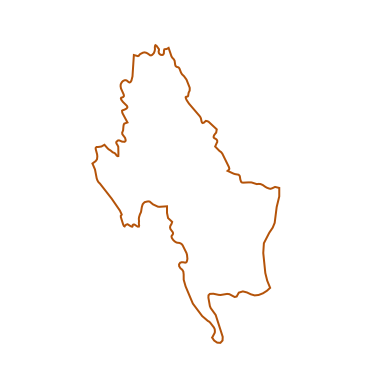 SVG path tracing the border of Utenos, rotated 65°
{"feature_id": "LTU-1074", "entity_name": "Utenos", "entity_type": "County", "adm_level": 1, "iso_a3": "LTU", "parent_name": "Lithuania", "parent_adm1": "", "projection": "robinson", "projection_center": [25.525, 55.493], "detail": "fine", "context": "isolated", "style": "outline", "palette": "amber", "viewbox_px": 384, "rotation_deg": 65, "n_neighbors": 0, "source": "natural_earth", "source_scale": "10m", "svg_char_len": 4039}
<svg xmlns="http://www.w3.org/2000/svg" viewBox="0 0 384 384"><g transform="rotate(65 192 192)"><path d="M311.9,161.7L313.2,165.9L313.8,170.5L313.5,175.1L312.2,178.9L309.6,181.9L306.2,184.7L303.6,187.9L303.0,192.1L305.6,195.7L305.2,197.7L300.4,201.3L299.2,203.2L297.4,209.7L296.5,211.3L293.2,215.7L291.9,218.9L292.6,220.7L294.7,221.8L302.9,224.0L305.2,224.1L313.5,222.5L336.3,225.4L339.5,227.1L340.7,230.0L339.2,232.8L336.0,234.7L332.4,235.3L332.0,234.6L329.1,230.8L327.9,230.1L326.0,229.4L324.0,229.4L317.8,230.8L316.5,231.4L315.6,232.1L308.8,235.2L293.5,238.4L274.9,237.7L268.0,236.6L263.2,234.4L260.5,233.5L258.9,233.6L257.6,234.0L256.3,234.7L253.8,235.0L252.1,234.3L251.1,232.6L251.3,231.0L252.2,229.3L253.2,228.0L253.3,226.8L252.3,225.6L250.6,224.4L246.9,223.1L245.0,222.8L236.4,223.0L236.0,223.1L235.1,223.3L234.3,223.7L233.4,224.4L232.8,225.0L231.9,226.5L231.5,227.1L230.7,227.8L229.4,228.6L227.6,229.3L225.2,229.7L223.7,229.4L223.0,228.8L222.7,228.1L222.4,227.4L221.4,226.6L220.5,226.4L216.5,227.2L214.9,226.9L213.7,226.1L212.3,224.1L210.7,222.6L205.5,224.7L200.4,223.5L194.4,220.7L191.7,227.7L190.9,229.1L186.7,232.6L182.8,234.4L182.1,235.4L181.7,236.6L181.2,239.2L181.7,240.7L182.3,241.9L184.4,243.8L188.5,246.6L189.4,247.6L190.2,248.6L192.4,250.6L193.8,251.5L196.4,252.5L197.5,253.2L198.7,253.7L200.1,254.1L200.9,254.8L200.4,255.9L197.2,257.9L196.7,258.9L196.9,259.7L197.8,260.2L198.2,260.7L197.8,261.4L196.7,262.3L194.0,264.0L193.8,265.4L194.1,266.7L194.7,267.6L194.0,268.1L192.2,268.1L184.7,267.1L183.5,266.6L183.2,265.9L182.7,265.2L178.4,265.2L164.1,267.6L145.4,271.9L143.6,272.6L141.5,272.8L139.3,272.6L130.6,270.4L124.1,270.2L123.3,266.3L122.9,265.5L122.1,264.2L119.8,262.8L117.8,262.1L112.2,261.1L111.2,260.5L110.9,259.5L111.7,257.6L112.5,254.8L112.2,251.4L116.9,250.0L118.1,249.5L120.1,248.2L122.5,247.1L124.0,245.7L125.3,245.2L127.0,244.9L128.0,244.4L128.3,243.6L126.4,242.6L119.8,239.7L118.2,239.7L116.8,239.9L115.4,239.9L114.5,239.2L114.0,237.1L114.6,236.0L116.8,234.1L117.4,233.0L118.0,231.9L117.8,230.9L117.0,230.2L114.8,229.8L113.0,230.1L111.3,230.5L110.1,230.7L108.7,230.2L107.0,228.4L103.2,226.2L102.0,225.3L101.4,224.5L101.7,221.1L91.3,221.7L90.0,221.5L88.7,221.0L88.6,220.1L88.8,218.9L88.8,217.5L88.7,216.1L88.1,214.9L87.4,214.6L86.4,214.6L81.0,216.6L78.3,217.1L77.1,216.9L76.6,216.3L76.8,215.2L76.8,214.1L76.2,213.1L74.8,212.7L68.1,212.6L65.9,212.0L64.3,211.1L63.4,210.0L62.7,208.9L62.3,207.8L62.2,206.7L62.3,205.6L62.8,204.6L63.6,203.9L65.6,203.0L66.3,202.4L66.4,201.4L65.5,199.9L62.1,197.1L43.3,186.8L46.0,183.6L46.0,182.5L45.5,181.8L45.3,181.2L45.1,180.6L45.0,177.6L45.4,176.0L46.6,174.5L48.0,173.5L50.5,172.1L50.9,171.2L50.9,170.1L50.0,167.9L48.6,166.4L47.1,165.3L45.3,164.6L44.0,163.8L43.5,163.1L44.5,162.4L48.6,161.6L49.5,162.0L50.4,162.8L52.0,163.3L53.5,163.0L54.7,162.1L55.3,160.9L55.3,160.1L54.6,159.0L51.8,157.5L51.0,156.7L51.4,155.3L51.7,154.5L51.5,152.3L60.5,153.3L62.0,153.1L64.1,152.4L65.7,152.3L69.7,153.5L70.9,153.6L72.0,153.1L72.6,152.5L73.0,151.9L73.7,151.4L74.9,151.2L79.2,151.5L81.1,151.3L83.7,150.3L87.8,149.5L96.4,150.0L97.0,150.2L99.0,151.2L99.4,151.6L100.4,152.9L101.3,153.6L103.3,154.9L103.6,155.6L103.2,157.2L103.4,157.7L104.7,158.0L106.7,158.0L110.6,157.4L126.4,153.0L127.5,152.8L129.0,152.8L132.0,153.5L133.2,153.6L134.0,153.2L134.2,152.0L133.4,149.4L134.4,148.1L135.3,147.3L145.7,143.1L148.4,145.0L148.9,146.2L149.9,148.0L150.8,148.9L151.7,149.3L152.5,149.1L154.0,148.0L155.0,147.5L156.4,147.5L157.6,148.2L158.1,149.0L160.6,151.8L166.3,149.8L168.3,148.7L170.2,148.3L185.0,148.0L186.6,148.3L187.1,148.7L187.4,149.3L187.6,149.8L187.9,150.8L193.0,146.5L194.0,145.4L196.0,142.5L197.3,142.0L198.3,142.1L201.0,142.9L203.5,143.2L204.4,142.8L205.1,141.8L207.3,136.4L208.5,134.0L212.2,130.0L212.9,128.0L213.8,126.5L215.6,124.9L218.4,123.3L219.8,122.3L221.5,120.6L222.3,119.5L222.5,117.8L222.5,114.6L225.2,111.2L232.9,114.8L241.4,121.6L254.9,130.1L258.4,133.9L261.6,139.2L268.8,148.5L277.4,153.2L296.4,159.8L304.1,161.3L311.9,161.7Z" fill="none" stroke="#b45309" stroke-width="2"/></g></svg>